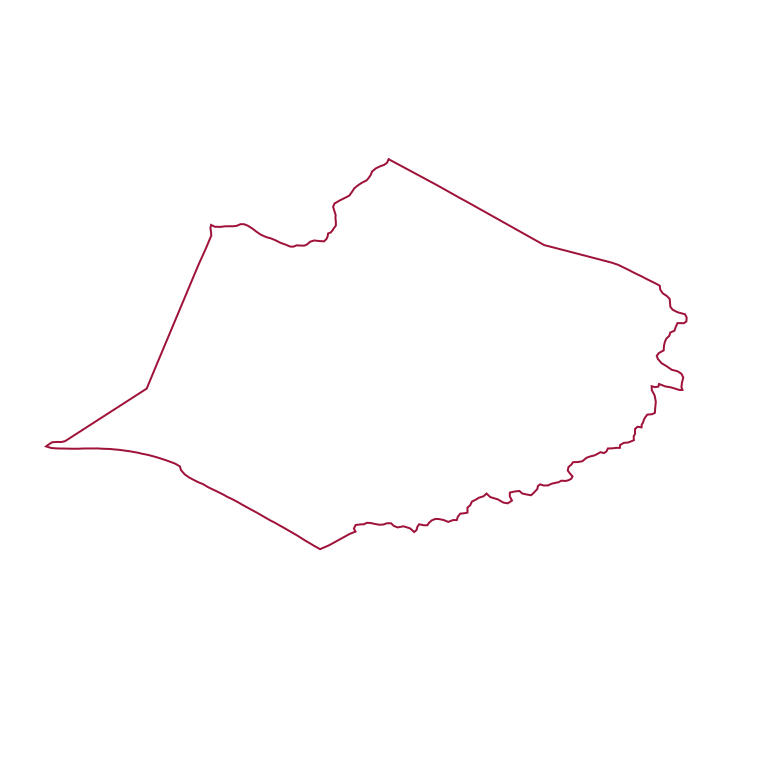 Alcobaça, Bahia, Brazil, rotated 120°
{"feature_id": "56859067B73334653800996", "entity_name": "Alcobaça", "entity_type": "district", "adm_level": 2, "iso_a3": "BRA", "parent_name": "Brazil", "parent_adm1": "Bahia", "projection": "equal_earth", "projection_center": [-39.394, -17.469], "detail": "fine", "context": "isolated", "style": "outline", "palette": "rose", "viewbox_px": 768, "rotation_deg": 120, "n_neighbors": 0, "source": "geoboundaries", "source_scale": "gbopen_adm2", "svg_char_len": 3742}
<svg xmlns="http://www.w3.org/2000/svg" viewBox="0 0 768 768"><g transform="rotate(120 384 384)"><path d="M559.0,356.8L551.1,350.9L530.9,338.7L526.1,334.9L524.2,337.8L520.2,338.0L517.1,333.8L515.4,331.1L512.9,329.6L511.1,326.2L509.8,322.0L508.2,317.6L506.0,314.3L503.2,311.9L501.1,308.3L502.0,304.5L501.4,300.5L497.5,296.0L496.0,289.3L497.1,283.8L494.1,282.8L491.0,283.7L487.9,283.4L486.4,278.8L484.6,275.8L481.9,275.7L478.3,274.5L475.1,272.0L473.5,268.9L472.0,264.5L471.3,259.4L467.3,256.2L465.4,252.9L462.1,253.7L458.1,253.1L456.0,250.1L453.6,247.4L449.4,249.9L445.8,248.7L441.9,249.1L438.0,246.5L435.2,245.1L431.5,241.7L427.6,240.4L428.8,235.4L427.0,227.8L427.0,221.4L425.5,217.2L421.0,214.9L418.4,218.9L415.1,220.7L412.0,217.4L408.9,213.2L409.7,209.5L408.2,204.8L406.8,201.0L403.6,200.0L398.2,198.7L395.5,199.7L392.9,198.7L392.0,194.8L389.7,191.1L386.8,189.2L384.4,186.7L381.8,183.7L379.0,182.0L377.2,178.3L375.1,176.1L372.5,174.5L369.8,174.5L368.4,178.5L367.1,181.6L363.7,182.7L359.9,181.4L357.2,181.2L354.7,177.2L351.7,173.6L346.6,171.7L343.5,169.1L340.6,166.0L337.6,164.1L334.8,162.4L333.9,159.0L331.2,157.6L327.9,157.9L325.5,154.0L323.2,151.0L321.4,147.8L318.7,149.0L315.0,146.8L312.7,143.4L307.8,139.5L304.4,141.6L301.6,141.7L297.4,144.1L294.2,143.0L292.8,139.3L290.3,140.5L287.7,140.4L285.0,141.1L282.2,141.1L278.9,140.7L276.1,136.7L273.5,135.0L270.1,136.7L263.5,139.7L258.7,143.8L255.4,149.0L252.1,151.1L251.2,147.7L249.1,145.1L246.5,145.8L245.4,139.0L243.5,134.0L242.5,129.8L241.5,125.3L239.9,122.6L237.9,124.9L233.9,126.6L228.7,128.1L226.4,131.6L226.2,136.1L227.8,142.0L227.3,148.1L227.2,154.0L225.4,159.3L223.2,161.9L219.7,161.4L215.0,158.6L210.8,160.7L207.1,161.8L203.6,162.2L199.6,161.0L196.3,161.8L192.6,159.1L188.7,159.9L184.5,160.3L181.5,154.8L178.7,153.4L175.1,155.1L173.1,158.2L175.0,165.3L175.4,171.0L174.0,174.6L170.3,177.2L167.5,179.1L166.4,182.9L166.1,188.0L164.1,192.0L161.0,194.3L161.1,198.7L161.4,203.3L161.8,209.8L162.0,215.1L162.4,219.7L162.7,224.1L162.8,227.6L163.0,231.1L163.4,236.2L163.7,240.6L165.0,247.3L183.6,314.8L184.8,405.7L185.0,411.0L185.2,429.8L185.3,437.7L187.0,492.4L190.9,492.0L194.2,493.5L196.9,495.8L201.0,498.7L205.9,500.6L209.8,500.0L213.2,500.3L216.4,500.9L219.1,502.7L221.5,504.2L225.5,506.1L229.4,507.6L232.5,507.7L238.1,508.2L241.9,510.6L247.0,514.0L252.4,517.1L255.9,516.7L258.6,513.9L261.8,510.4L264.8,508.9L267.4,506.9L270.9,504.9L274.0,505.3L276.7,505.4L279.4,505.9L281.6,507.7L284.4,506.6L287.0,506.3L290.4,507.2L292.7,511.8L294.6,516.2L297.7,519.1L301.4,520.3L304.0,522.2L306.0,525.7L307.5,528.9L310.4,531.2L311.9,534.0L312.4,538.2L313.5,544.5L313.8,550.0L314.5,555.1L315.6,559.1L316.3,565.4L315.9,570.5L315.2,575.5L315.0,581.4L315.6,585.1L317.4,588.2L320.6,590.6L322.7,593.3L324.7,596.8L327.1,600.8L329.6,604.0L332.4,609.1L332.7,613.3L335.9,612.2L339.0,609.7L341.8,607.8L355.1,606.1L374.1,604.2L485.5,590.0L506.6,587.2L592.9,631.6L595.4,634.2L597.8,638.4L600.4,642.3L604.1,644.2L607.0,645.4L605.7,639.9L602.9,634.2L600.2,629.4L597.4,624.3L595.1,620.1L592.8,616.2L590.3,612.3L587.6,607.7L585.1,603.4L583.1,600.0L581.1,596.0L578.9,591.8L577.3,588.9L575.3,584.4L573.4,580.4L571.5,575.7L569.4,570.6L568.0,566.7L566.6,562.9L565.5,559.1L564.4,555.9L563.3,552.6L562.4,549.2L561.3,545.1L560.5,541.6L559.8,538.2L559.0,534.6L558.2,529.9L557.4,525.1L557.4,519.6L560.1,516.7L561.9,511.4L562.4,506.0L562.2,500.6L561.9,495.4L561.2,490.8L561.3,484.4L560.8,478.1L560.4,472.6L560.1,467.7L560.1,463.7L559.6,457.4L559.4,451.1L559.4,447.0L559.3,440.8L559.2,436.1L559.0,430.4L559.0,426.6L559.0,421.1L559.0,414.5L558.7,409.5L558.7,404.7L558.6,399.1L558.6,393.3L558.6,388.2L558.6,383.4L558.9,376.8L559.0,372.4L559.0,368.6L559.1,363.3L559.0,356.8Z" fill="none" stroke="#9f1239" stroke-width="2"/></g></svg>